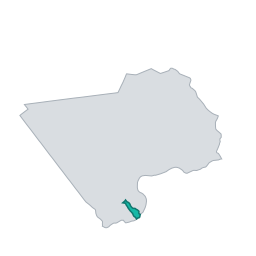 location of Al Jabal al Akhdar within Libya, rotated 143°
{"feature_id": "LBY-2982", "entity_name": "Al Jabal al Akhdar", "entity_type": "Municipality", "adm_level": 1, "iso_a3": "LBY", "parent_name": "Libya", "parent_adm1": "", "projection": "robinson", "projection_center": [21.714, 32.008], "detail": "fine", "context": "in_parent", "style": "filled", "palette": "teal", "viewbox_px": 256, "rotation_deg": 143, "n_neighbors": 0, "source": "natural_earth", "source_scale": "10m", "svg_char_len": 3648}
<svg xmlns="http://www.w3.org/2000/svg" viewBox="0 0 256 256"><g transform="rotate(143 128 128)"><path d="M50.8,81.9L52.0,81.3L53.7,80.6L54.6,80.0L55.0,79.6L56.4,77.7L57.1,76.7L58.0,75.3L58.5,74.4L58.5,73.5L58.4,72.4L57.8,69.8L57.3,67.3L57.8,66.3L58.2,65.8L59.0,64.7L59.3,64.4L61.0,64.1L61.7,63.3L62.3,62.3L62.4,61.8L63.2,61.2L64.1,60.7L64.7,60.0L66.5,58.9L68.1,57.9L70.1,56.8L71.5,56.0L71.9,55.3L71.9,54.7L71.1,53.3L71.2,51.7L71.3,50.3L71.4,49.5L71.8,47.2L71.8,46.9L73.3,47.7L74.9,48.0L79.4,50.7L80.9,51.1L84.1,51.4L88.0,50.3L89.4,50.1L91.9,51.2L93.0,51.5L94.9,51.5L98.0,52.5L98.8,52.8L100.7,54.4L101.5,54.9L108.1,56.3L109.0,57.2L109.9,59.0L109.9,61.3L110.4,62.9L111.1,65.0L112.1,66.5L113.2,67.7L114.4,68.5L117.3,69.6L120.6,70.1L123.9,70.2L129.5,71.8L134.3,73.6L135.5,74.5L137.9,75.4L142.7,79.7L145.4,81.2L147.2,81.5L148.9,81.2L151.9,79.7L153.2,78.8L156.2,75.1L157.2,73.2L157.6,71.8L157.5,70.5L157.1,69.2L156.3,67.9L155.7,66.2L155.4,63.1L155.9,60.9L156.5,59.6L157.4,58.3L159.9,55.8L162.4,54.0L166.8,51.7L169.3,51.7L170.4,51.5L172.5,49.8L173.3,49.8L174.5,50.2L177.9,50.0L179.5,50.5L181.3,51.5L183.6,52.1L185.2,52.8L186.9,53.6L187.3,55.6L187.2,56.2L187.1,57.0L188.9,58.4L194.0,59.0L195.0,59.4L196.4,60.5L197.3,60.8L200.8,61.0L202.9,60.7L204.8,61.1L205.5,61.5L206.3,62.3L207.2,64.3L207.6,65.0L207.2,65.3L206.6,66.1L206.3,66.7L205.4,67.7L204.6,68.8L204.7,70.4L204.9,72.0L205.4,73.6L205.9,75.4L205.8,76.6L205.4,78.0L205.0,79.2L203.5,81.7L203.3,82.2L203.3,83.1L204.3,86.0L204.4,86.9L204.9,89.7L205.5,92.0L206.0,93.8L206.1,94.3L206.2,97.0L206.2,99.6L206.2,102.3L206.2,105.0L206.2,107.6L206.3,110.3L206.3,112.9L206.3,115.6L206.3,118.3L206.3,120.9L206.4,123.6L206.4,126.2L206.4,128.9L206.4,131.6L206.4,134.2L206.5,136.9L206.5,139.6L206.5,142.2L206.5,144.9L206.5,147.5L206.5,150.2L206.6,152.9L206.6,155.5L206.6,158.2L206.6,160.8L206.6,163.5L206.6,166.2L206.6,168.8L206.7,171.5L206.7,174.1L206.7,176.8L206.7,179.5L206.7,185.4L206.8,191.3L206.8,197.2L206.8,203.1L206.7,203.1L204.1,203.2L201.6,203.2L199.1,203.2L196.5,203.2L196.5,204.6L196.5,206.1L196.6,207.6L196.6,209.1L191.6,206.3L186.7,203.5L181.8,200.7L176.8,197.9L171.9,195.1L167.0,192.3L162.1,189.5L157.2,186.7L152.3,183.9L147.4,181.0L142.5,178.2L137.6,175.4L132.7,172.6L127.8,169.8L122.9,167.0L118.1,164.2L114.7,162.3L111.0,164.2L108.2,165.7L104.4,167.6L100.0,170.1L96.7,172.1L96.4,172.0L93.0,168.7L90.3,166.2L89.1,165.4L84.0,164.1L79.0,162.8L73.7,161.4L72.8,159.3L71.7,157.0L70.3,154.1L69.4,152.3L69.2,152.0L65.1,150.6L60.8,149.2L58.3,150.0L57.9,150.0L57.1,149.4L56.4,148.7L56.1,147.7L55.1,146.4L54.2,143.3L54.2,140.8L54.0,139.9L51.9,136.5L50.0,133.3L48.7,131.2L48.4,130.3L48.6,129.1L49.2,128.1L51.2,126.8L53.0,125.5L53.3,124.5L53.5,122.0L52.9,121.2L52.5,119.6L52.1,117.6L52.1,116.3L53.0,113.6L54.0,110.9L53.5,107.8L53.2,101.7L53.6,96.9L53.4,95.1L53.3,94.4L52.8,92.1L52.1,89.8L51.8,88.9L50.9,87.0L49.4,84.7L48.6,83.3L49.8,82.5L50.8,81.9Z" fill="#d9dde1" stroke="#a8b0b8" stroke-width="1"/><path d="M169.7,51.7L170.3,51.5L170.7,51.3L172.2,49.9L172.3,49.8L172.8,49.8L173.3,49.7L173.5,49.9L174.0,50.1L174.5,50.2L174.9,50.2L175.9,50.1L175.9,51.0L175.8,52.0L176.0,52.8L176.3,53.5L176.4,54.4L176.3,55.0L176.0,55.9L175.9,56.8L175.7,57.1L175.9,58.2L175.9,59.2L176.1,60.3L176.1,62.2L176.1,63.4L176.0,64.7L175.8,65.4L175.8,67.3L175.6,68.2L175.3,69.4L177.2,71.4L175.8,71.5L174.0,71.7L173.3,72.0L173.2,69.4L172.9,69.2L172.6,68.6L172.2,67.2L172.3,65.8L172.7,64.8L172.8,63.6L172.7,62.0L172.4,60.9L171.4,60.1L170.7,59.4L170.4,58.2L169.8,57.0L169.5,55.8L169.4,54.9L170.0,54.2L170.7,53.4L170.7,52.7L170.1,51.8L170.0,51.7L169.9,51.7L169.7,51.7L169.7,51.7Z" fill="#14b8a6" stroke="#0f766e" stroke-width="1.5"/></g></svg>